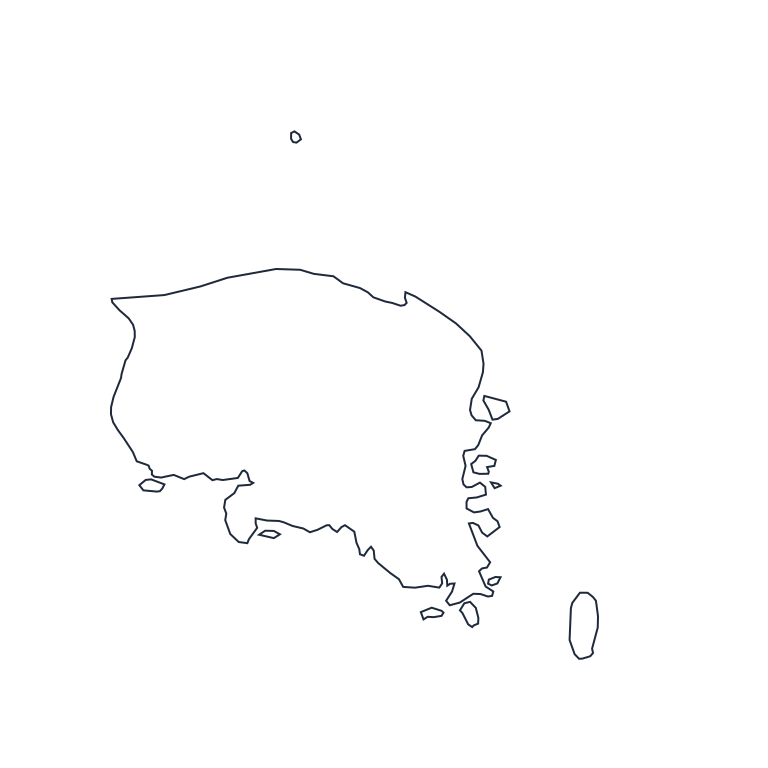 SVG path tracing the border of South Korea, rotated 289°
{"feature_id": "KOR", "entity_name": "South Korea", "entity_type": "country or territory", "adm_level": 0, "iso_a3": "KOR", "parent_name": "Asia", "parent_adm1": "", "projection": "mercator", "projection_center": [127.333, 35.912], "detail": "fine", "context": "isolated", "style": "outline", "palette": "slate", "viewbox_px": 768, "rotation_deg": 289, "n_neighbors": 0, "source": "natural_earth", "source_scale": "50m", "svg_char_len": 3295}
<svg xmlns="http://www.w3.org/2000/svg" viewBox="0 0 768 768"><g transform="rotate(289 384 384)"><path d="M227.6,190.0L230.2,188.0L230.4,185.0L230.4,175.4L237.9,168.7L248.5,155.0L253.7,147.5L259.6,140.4L266.5,135.7L273.2,133.5L283.8,132.5L304.1,133.4L308.1,132.6L322.2,131.9L325.6,133.1L335.8,133.9L347.2,133.1L353.0,131.0L358.3,127.5L362.9,121.3L367.7,109.7L372.8,100.5L375.8,98.8L396.6,147.4L416.5,178.7L433.4,201.2L457.6,244.5L464.7,267.5L465.3,281.7L469.4,301.2L465.9,312.4L466.9,330.0L465.4,339.0L462.5,345.7L462.4,358.4L463.3,365.2L463.4,374.2L465.3,377.7L468.1,379.0L472.4,375.7L477.8,374.4L476.9,385.2L470.4,412.5L464.7,432.4L457.1,449.6L447.3,465.3L435.6,471.5L427.3,473.7L411.7,474.5L398.6,471.8L387.4,473.8L382.9,477.0L379.6,482.6L382.0,491.3L381.7,497.7L376.9,497.2L367.4,493.5L356.9,493.0L352.0,491.2L347.0,482.0L341.9,482.3L333.1,487.8L319.6,489.0L314.9,491.9L313.2,495.7L315.2,500.5L322.0,506.8L319.7,513.2L312.6,516.4L306.9,508.6L303.4,500.9L299.4,500.4L293.2,502.6L291.9,510.9L294.8,516.6L299.6,523.1L292.9,530.6L291.2,536.0L286.4,539.9L273.5,531.3L275.4,525.2L281.0,519.3L281.6,513.3L279.8,509.7L261.4,525.0L250.0,542.4L244.0,541.1L241.5,536.7L237.9,534.8L225.6,546.0L223.4,554.9L218.9,555.2L216.9,551.5L216.8,543.5L214.7,536.7L202.0,526.8L196.2,518.2L199.3,513.3L209.9,515.9L218.3,515.6L216.6,511.5L213.9,509.5L219.5,507.2L224.2,502.5L220.3,501.2L214.4,503.9L209.5,502.6L207.5,491.2L201.5,479.6L198.4,468.2L204.3,461.7L207.3,451.5L212.8,436.8L215.6,432.0L223.2,428.5L225.9,424.7L221.7,422.7L215.1,421.0L215.2,416.7L219.8,414.4L224.9,409.7L234.7,404.0L237.8,393.1L234.9,390.4L228.8,387.8L230.1,382.4L232.7,378.2L231.7,375.7L224.5,368.6L219.7,362.2L221.1,354.8L220.0,343.7L220.6,334.3L220.3,329.3L216.8,317.8L215.2,306.4L210.5,308.0L206.7,310.9L193.3,306.8L189.0,306.6L187.3,298.1L192.1,287.5L203.6,278.2L210.1,277.1L215.1,273.0L222.8,271.7L232.1,278.0L240.4,279.3L245.1,290.2L247.9,292.5L248.5,288.5L255.2,283.8L256.8,280.2L255.4,278.3L247.6,276.4L240.7,262.8L239.7,256.9L237.2,253.1L240.9,242.3L232.9,229.9L229.0,226.0L229.6,214.8L225.4,207.7L223.0,203.8L221.6,197.0L222.8,194.0L226.5,192.8L227.6,190.0ZM201.5,666.9L197.7,669.2L194.1,667.8L193.1,666.8L188.9,660.9L187.7,657.9L190.6,652.2L202.4,642.8L232.9,633.7L238.3,633.3L250.4,637.2L252.9,644.5L250.7,650.8L248.0,655.0L234.0,662.0L223.2,665.4L201.5,666.9ZM407.0,505.2L399.0,511.6L388.1,503.0L385.6,498.2L393.8,491.3L400.8,483.3L405.4,482.8L407.0,505.2ZM349.5,504.4L348.6,514.5L342.5,515.0L339.0,508.5L335.1,511.7L333.1,511.8L330.1,503.6L329.6,497.3L336.7,492.5L341.0,495.4L347.1,496.9L349.5,504.4ZM193.5,549.4L188.1,551.0L185.0,547.5L182.9,546.5L184.1,541.9L193.0,532.7L194.7,529.5L202.9,531.4L206.0,536.3L202.2,543.7L193.5,549.4ZM218.0,194.8L217.6,209.1L212.9,208.4L209.7,207.0L208.3,204.2L205.1,191.1L208.7,185.6L215.7,189.9L218.0,194.8ZM188.3,512.2L187.2,514.7L183.5,513.9L179.7,506.8L178.1,501.1L174.3,498.0L180.3,493.1L188.0,501.9L188.3,512.2ZM209.2,327.7L208.0,334.5L202.4,330.0L200.8,315.0L206.6,319.4L209.2,327.7ZM592.2,222.6L588.3,225.8L583.7,222.6L583.2,219.2L585.6,216.3L591.1,214.5L593.7,217.1L592.2,222.6ZM237.8,552.2L239.2,557.1L232.3,556.1L228.6,551.4L229.1,547.4L233.2,546.8L237.8,552.2ZM326.8,524.2L325.8,527.4L321.5,522.5L325.8,517.2L326.8,524.2Z" fill="none" stroke="#1e293b" stroke-width="2"/></g></svg>